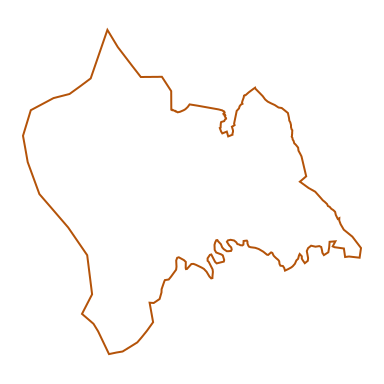 outline of Ohaozara, Ebonyi, Nigeria
{"feature_id": "59680162B76130047047659", "entity_name": "Ohaozara", "entity_type": "district", "adm_level": 2, "iso_a3": "NGA", "parent_name": "Nigeria", "parent_adm1": "Ebonyi", "projection": "natural_earth1", "projection_center": [7.82, 6.011], "detail": "fine", "context": "isolated", "style": "outline", "palette": "amber", "viewbox_px": 384, "rotation_deg": 0, "n_neighbors": 0, "source": "geoboundaries", "source_scale": "gbopen_adm2", "svg_char_len": 3531}
<svg xmlns="http://www.w3.org/2000/svg" viewBox="0 0 384 384"><path d="M30.8,110.2L23.0,135.8L25.3,148.5L27.7,162.1L39.4,194.1L51.1,207.6L68.2,227.5L87.2,255.2L92.1,294.3L82.0,313.9L93.5,323.8L98.1,331.3L109.0,354.1L116.6,352.5L122.6,351.5L137.3,342.4L141.6,337.4L147.0,330.7L153.1,322.2L149.6,302.7L153.7,303.0L159.6,299.0L161.5,292.4L161.6,289.2L164.3,281.4L164.9,280.1L168.7,279.5L171.0,276.7L173.1,273.8L176.1,269.7L176.5,266.8L176.2,260.5L177.2,257.8L178.8,257.3L183.9,260.1L185.8,261.9L185.7,268.0L186.0,269.1L186.9,269.0L191.4,264.0L193.5,263.9L195.9,264.8L201.7,267.6L203.9,268.9L206.6,271.8L209.4,276.5L211.2,278.4L212.4,278.1L212.5,276.0L212.9,271.9L212.6,269.4L208.7,261.8L207.6,260.8L207.6,258.3L209.9,254.9L211.3,254.5L213.3,258.4L215.1,261.9L216.7,263.4L223.8,261.6L224.2,260.0L222.8,255.4L221.2,254.4L216.2,252.5L214.7,249.9L214.5,244.9L215.2,242.4L216.3,240.2L217.4,240.1L218.1,241.3L220.9,244.2L222.2,247.4L223.7,249.1L226.8,251.2L228.6,251.2L231.1,250.9L231.7,249.5L231.2,247.4L229.1,245.3L226.9,241.8L227.9,240.4L230.6,239.8L234.1,240.5L236.3,242.3L237.4,244.1L238.9,244.4L240.3,245.2L242.4,245.4L243.4,244.6L243.6,241.0L244.9,240.8L246.8,240.6L247.4,241.5L247.5,243.6L248.1,245.2L248.9,246.6L250.5,247.2L255.2,247.8L258.7,249.0L263.3,251.7L267.0,254.7L268.2,254.9L271.1,252.4L272.3,252.9L273.6,255.6L274.6,256.7L276.3,258.3L277.9,259.6L278.7,260.5L279.2,261.3L279.5,263.9L280.4,265.7L282.9,266.0L284.2,267.9L285.0,270.6L288.0,269.2L291.3,267.4L292.7,266.3L294.9,263.8L296.4,260.4L298.1,258.8L299.0,255.4L299.7,254.0L301.8,256.3L301.8,258.6L302.7,260.2L304.8,263.2L307.8,260.8L308.1,258.1L306.8,251.1L308.1,248.1L311.1,245.7L315.5,246.7L319.3,246.1L321.2,247.0L322.0,250.3L322.4,252.8L323.9,255.1L328.3,252.3L329.2,247.3L329.6,241.8L335.4,241.3L332.7,246.4L334.5,247.2L343.9,248.5L345.1,257.0L349.0,256.5L359.6,257.7L361.0,248.0L352.4,236.7L343.8,229.7L340.6,224.2L339.2,220.4L339.3,218.2L337.8,219.0L335.8,214.9L335.1,211.8L333.3,210.1L331.3,208.8L329.6,206.8L327.9,206.0L327.1,204.1L324.8,201.9L322.8,200.3L321.0,198.2L315.2,191.7L308.6,188.0L299.9,181.7L306.2,176.3L301.5,156.4L300.2,153.8L298.5,150.7L298.1,147.6L296.5,145.6L295.4,144.3L294.3,143.4L293.5,140.7L292.7,139.6L292.4,137.8L291.7,136.7L292.0,135.8L292.0,134.5L292.2,133.8L292.1,133.1L292.2,132.1L292.3,130.2L291.6,129.4L291.4,128.5L291.0,127.1L291.0,125.1L290.3,122.4L289.3,120.6L289.0,118.0L287.9,113.0L285.1,110.7L281.7,108.0L278.5,107.5L274.7,105.0L271.2,103.4L267.7,101.6L265.2,99.5L262.7,96.1L259.1,92.4L256.0,89.3L255.4,88.6L255.1,87.7L253.1,89.1L248.7,92.4L245.4,95.3L244.6,95.2L244.0,95.7L243.7,97.5L242.5,100.8L242.0,102.6L242.5,103.8L240.9,104.6L239.6,106.3L239.0,108.4L236.7,110.9L234.1,123.6L234.6,125.1L233.2,126.0L231.9,126.7L233.0,130.4L233.0,131.8L232.7,132.8L232.4,134.1L232.5,134.7L229.0,136.1L228.2,136.4L226.8,131.6L222.3,133.4L222.0,132.9L221.1,131.5L219.8,128.0L220.6,127.6L220.7,124.8L220.9,122.9L221.2,122.0L222.2,121.7L224.2,121.1L225.1,119.4L226.1,118.7L226.0,118.0L225.6,117.7L224.7,116.0L225.3,115.5L225.0,114.6L223.6,114.4L223.4,113.7L223.9,113.2L224.6,112.5L224.2,111.5L223.4,111.1L222.8,110.8L222.3,110.4L219.3,109.6L218.5,109.4L197.7,105.7L189.6,104.4L187.7,107.0L185.4,109.2L183.7,110.2L180.0,111.8L178.6,112.1L177.6,112.3L176.6,111.7L175.9,111.2L175.7,111.1L175.6,111.4L173.9,110.5L172.5,109.8L172.2,109.7L172.0,110.1L171.3,109.7L171.2,91.1L161.9,76.8L140.8,77.0L132.1,65.8L117.8,47.1L107.4,29.9L90.7,78.4L80.0,86.4L69.5,94.0L53.5,98.1L47.9,101.1L30.8,110.2Z" fill="none" stroke="#b45309" stroke-width="2"/></svg>